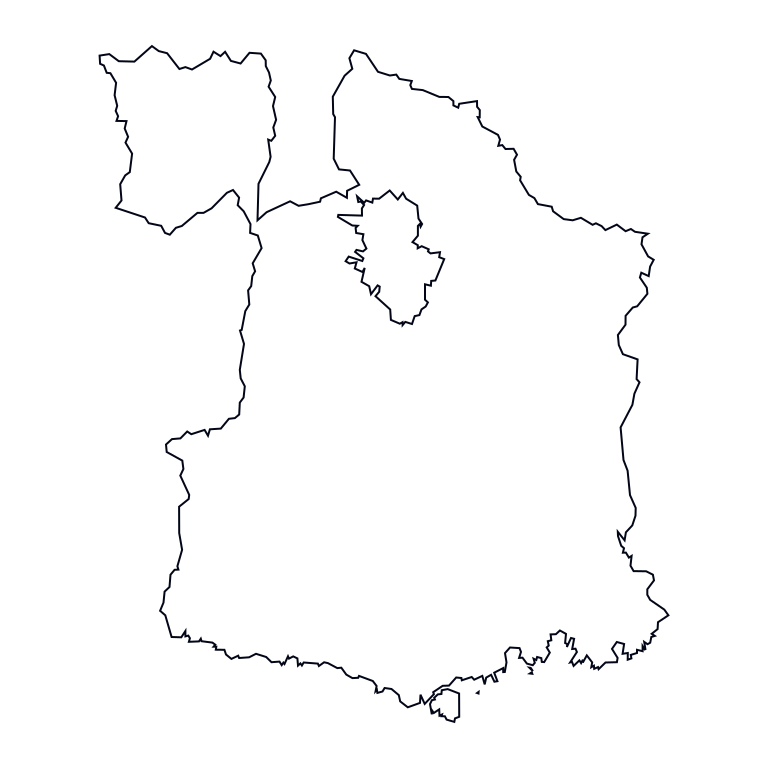 the district of Malang, Jawa Timur, Indonesia
{"feature_id": "22746128B8866265958554", "entity_name": "Malang", "entity_type": "district", "adm_level": 2, "iso_a3": "IDN", "parent_name": "Indonesia", "parent_adm1": "Jawa Timur", "projection": "robinson", "projection_center": [112.621, -8.113], "detail": "fine", "context": "isolated", "style": "outline", "palette": "ink", "viewbox_px": 768, "rotation_deg": 0, "n_neighbors": 0, "source": "geoboundaries", "source_scale": "gbopen_adm2", "svg_char_len": 6085}
<svg xmlns="http://www.w3.org/2000/svg" viewBox="0 0 768 768"><path d="M160.1,610.8L165.3,615.3L171.6,637.0L181.3,637.3L185.4,631.0L185.4,636.4L188.3,635.6L189.9,638.2L188.9,641.8L199.0,641.4L200.8,638.7L201.5,641.2L212.4,642.6L215.3,644.7L213.6,646.7L216.3,646.7L215.8,649.7L224.4,649.8L226.0,654.5L231.4,658.9L238.2,655.7L239.1,658.0L249.1,657.3L256.0,653.8L266.2,657.0L271.5,662.2L279.5,661.6L281.7,665.1L283.4,662.6L284.5,664.0L288.0,656.3L289.0,658.6L293.2,656.4L297.4,658.4L298.0,665.6L300.4,663.4L301.9,665.5L303.7,662.5L317.9,663.6L318.9,666.0L324.1,662.3L327.9,663.1L337.3,668.1L341.3,667.7L346.3,674.6L352.4,678.1L358.2,677.8L359.0,675.9L372.8,681.0L376.6,686.0L375.6,691.2L376.9,689.8L377.4,692.9L382.5,691.5L384.6,688.0L391.5,689.0L398.8,695.1L400.2,701.4L407.8,707.3L420.0,702.9L420.5,694.7L424.7,703.9L433.9,694.2L433.2,692.2L442.7,685.8L449.0,685.6L456.2,677.5L461.4,678.0L461.8,680.3L471.7,677.0L474.2,679.7L482.3,675.9L484.7,684.4L486.2,677.6L491.1,674.8L494.4,681.7L497.4,681.2L494.2,672.7L503.2,668.1L503.2,672.1L504.8,672.0L506.5,662.4L505.0,653.1L510.0,647.5L519.5,648.1L521.0,651.9L519.1,657.9L522.5,657.7L526.9,663.6L532.8,665.2L534.8,662.8L533.6,658.7L536.3,660.0L537.1,657.0L541.3,658.1L541.8,661.9L544.2,662.1L549.8,652.6L546.7,647.4L548.7,645.6L547.8,641.2L551.3,640.3L550.6,634.4L555.9,634.2L559.9,630.5L566.0,633.9L565.1,643.0L567.3,644.1L566.9,647.0L571.0,638.0L574.1,638.8L572.2,649.0L575.5,648.7L576.9,652.0L570.2,662.4L572.0,661.9L573.6,665.9L579.4,660.4L581.1,663.1L582.9,659.7L582.8,662.6L586.8,655.4L592.2,662.4L591.3,667.2L593.9,665.7L594.2,668.8L598.0,667.1L598.6,669.2L605.5,662.5L616.9,662.2L617.6,657.9L612.0,648.9L616.8,642.0L624.1,644.0L622.6,653.8L627.8,653.0L627.7,659.7L631.4,658.4L630.8,654.9L637.0,653.0L637.0,649.8L642.6,651.2L642.6,646.1L644.6,649.4L645.4,649.1L644.2,641.9L647.5,644.2L650.2,642.7L651.3,637.0L654.8,635.9L651.7,633.8L657.6,629.1L658.0,622.2L668.4,615.3L664.3,609.6L650.2,599.9L647.3,594.8L647.3,589.3L654.0,580.4L652.9,574.7L646.2,571.3L633.6,571.1L630.5,565.7L631.6,555.9L628.9,557.6L625.9,552.6L622.9,552.7L624.0,548.2L621.2,545.8L618.0,536.1L617.8,531.8L624.6,540.3L625.9,532.3L632.3,525.4L635.5,515.7L635.7,507.9L630.0,495.1L627.6,470.7L623.5,460.0L620.6,427.4L632.4,404.8L634.4,393.7L639.5,382.3L636.6,379.1L637.6,359.4L622.9,354.2L618.8,345.0L617.9,335.0L625.5,324.7L625.6,315.8L632.8,307.5L637.2,306.3L647.4,293.8L646.8,287.7L639.9,277.5L641.3,272.7L648.7,276.1L650.1,266.6L653.7,259.8L648.1,256.4L641.5,244.3L642.5,237.3L647.9,233.7L635.0,231.8L630.9,229.0L625.6,231.2L616.8,224.6L605.4,230.1L601.6,226.1L595.9,223.3L592.6,224.8L580.9,217.8L572.7,220.3L563.7,219.1L553.1,211.3L551.7,206.7L537.9,204.1L534.4,198.1L528.9,194.9L520.1,180.3L520.7,176.8L516.3,171.5L514.1,159.8L517.0,154.7L513.6,148.8L505.5,149.0L502.3,145.1L498.3,145.8L500.0,139.6L498.0,134.9L482.3,126.5L477.7,117.1L479.7,117.3L479.8,110.1L477.1,106.8L477.0,101.1L459.2,103.8L458.2,107.7L453.4,105.4L453.4,101.1L448.4,97.0L439.3,96.9L422.8,90.1L411.9,88.9L410.3,85.1L411.8,81.0L399.3,78.9L396.3,74.6L389.9,75.5L378.0,71.8L366.0,53.9L354.1,50.3L349.4,58.2L352.3,68.8L344.6,75.7L332.8,96.7L333.2,114.1L335.0,117.2L333.7,158.7L339.0,169.4L350.0,170.5L359.2,184.8L347.1,190.8L346.9,197.8L336.2,191.7L320.9,198.3L320.1,201.7L308.4,204.2L298.6,205.8L290.1,201.3L266.6,212.2L257.5,220.3L258.5,183.8L269.3,162.0L270.6,156.8L268.2,139.6L271.3,140.8L275.2,135.8L273.3,127.5L276.1,119.8L273.0,106.1L275.2,97.0L268.6,86.7L270.8,80.5L269.0,72.5L265.8,66.1L265.7,60.3L260.9,53.6L249.5,52.8L240.6,63.5L230.9,60.9L225.1,51.8L220.5,56.1L213.5,51.7L210.1,58.8L192.0,69.5L185.4,67.1L179.4,69.0L167.1,53.2L158.8,51.1L151.9,46.1L134.4,61.6L118.8,61.2L109.3,54.1L99.6,55.6L100.1,63.8L103.9,65.5L106.7,72.8L110.4,73.2L116.1,82.8L114.6,95.2L117.2,105.8L115.7,110.9L118.1,116.2L116.5,120.9L126.5,121.1L124.7,128.5L128.1,136.8L125.5,142.6L132.1,153.6L129.8,172.1L125.2,175.4L120.2,184.2L121.5,200.5L115.7,207.8L145.0,217.5L148.7,223.2L161.2,225.8L165.0,232.9L169.8,234.7L175.9,227.8L181.8,226.0L197.4,212.9L203.5,212.9L211.6,208.3L226.9,192.8L233.0,190.0L239.1,197.6L237.7,205.2L243.7,211.3L250.5,224.1L250.1,232.9L257.8,235.5L261.6,248.1L252.7,263.3L255.1,271.3L252.3,276.1L251.2,286.1L248.1,290.4L249.3,304.5L245.3,311.1L241.7,329.9L240.0,330.5L244.0,343.9L239.8,369.8L240.7,378.4L244.8,386.3L243.6,397.5L239.8,402.6L239.2,414.5L234.9,418.1L228.9,418.8L220.8,428.6L209.9,429.3L208.0,435.7L204.6,429.9L191.3,434.2L187.2,431.5L180.4,438.4L172.0,439.1L166.0,444.5L166.7,452.0L182.3,460.6L183.4,469.0L180.3,475.6L189.2,494.9L188.7,499.0L179.1,506.7L179.2,533.0L182.1,549.8L177.4,566.2L178.4,569.6L174.6,569.8L170.5,574.7L169.5,587.0L164.6,591.6L163.5,602.6L160.1,610.8ZM348.7,256.6L362.3,261.0L363.4,258.3L355.1,251.9L356.5,249.9L363.0,251.4L366.4,248.6L362.4,240.1L363.4,234.2L356.2,233.0L355.6,227.9L357.7,225.8L352.3,225.5L337.9,216.9L338.3,214.9L362.0,215.6L361.9,208.4L364.1,205.0L360.8,201.5L358.3,202.0L357.1,196.3L364.2,202.8L366.1,200.4L372.3,202.6L373.0,198.6L379.1,198.7L389.7,190.5L397.8,199.5L402.9,192.9L406.1,198.7L417.2,205.6L418.5,218.6L422.1,224.0L420.6,226.7L419.9,223.9L417.9,225.9L417.9,235.7L412.5,242.1L417.8,245.2L417.7,248.3L421.7,246.2L428.7,249.3L428.0,251.4L430.5,253.4L440.0,252.2L439.2,257.2L444.2,259.1L435.4,280.5L431.2,280.9L430.9,285.7L425.0,284.3L425.0,299.7L427.9,302.4L425.7,306.5L421.5,309.4L419.4,315.1L414.7,316.1L412.0,324.0L405.3,321.9L402.6,325.1L402.5,322.2L399.8,323.7L390.9,319.9L390.2,309.5L375.5,296.2L379.2,291.8L379.7,286.6L377.6,285.4L371.0,294.2L369.2,286.2L361.5,281.8L364.7,267.9L362.5,272.0L354.8,268.5L356.5,262.3L349.5,263.5L345.6,261.2L348.7,256.6ZM447.7,689.1L441.8,690.2L441.4,694.0L437.8,694.4L434.2,697.8L434.9,699.5L431.9,700.2L430.0,704.1L431.8,714.3L432.3,710.8L433.8,713.0L439.2,709.4L439.5,715.7L442.0,714.5L441.5,716.2L444.9,716.3L446.6,719.6L454.3,721.9L455.0,718.4L459.2,716.8L459.1,693.5L447.7,689.1ZM532.9,671.1L530.7,667.9L529.4,667.7L532.9,671.1ZM477.1,693.0L478.5,693.5L478.6,691.9L477.1,693.0ZM532.3,673.8L531.8,672.3L529.9,673.5L532.3,673.8Z" fill="none" stroke="#020617" stroke-width="2"/></svg>